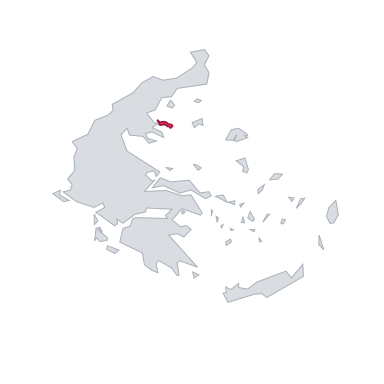 Agion Oros, Ayion Oros, Greece (highlighted), rotated 335°
{"feature_id": "26713481B40019078264500", "entity_name": "Agion Oros", "entity_type": "district", "adm_level": 2, "iso_a3": "GRC", "parent_name": "Greece", "parent_adm1": "Ayion Oros", "projection": "albers", "projection_center": [24.188, 40.281], "detail": "fine", "context": "in_parent", "style": "filled", "palette": "rose", "viewbox_px": 384, "rotation_deg": 335, "n_neighbors": 0, "source": "geoboundaries", "source_scale": "gbopen_adm2", "svg_char_len": 5684}
<svg xmlns="http://www.w3.org/2000/svg" viewBox="0 0 384 384"><g transform="rotate(335 192 192)"><path d="M249.6,64.7L263.6,68.2L265.0,75.7L256.9,82.0L257.8,91.1L251.0,100.5L222.3,91.8L213.5,97.0L204.5,93.7L193.3,102.1L184.2,101.2L187.1,113.6L197.0,117.0L200.8,123.7L188.5,115.8L183.1,116.9L190.0,125.0L189.4,130.6L181.3,120.8L174.5,119.3L174.6,124.9L181.5,130.8L173.5,129.6L171.2,121.0L159.4,114.0L160.2,106.8L151.8,110.3L150.4,127.5L171.3,160.2L166.2,162.9L166.5,157.0L159.5,155.1L157.1,156.9L158.4,160.2L160.6,165.5L163.6,165.2L149.0,171.4L168.9,179.5L181.5,191.2L189.8,194.1L192.4,215.3L189.9,216.6L176.0,203.0L162.1,208.8L166.8,218.5L172.7,220.1L175.5,225.4L165.6,229.3L161.3,223.7L152.7,221.3L165.2,262.5L152.0,249.3L148.7,249.8L144.9,262.2L143.0,261.1L141.6,252.6L133.0,240.1L129.2,241.5L127.1,250.9L122.6,246.1L118.1,237.8L121.3,226.4L105.4,206.9L114.1,195.8L121.6,196.8L126.6,191.2L130.4,191.5L158.7,205.7L158.0,202.2L166.6,199.2L144.3,187.4L141.3,190.4L130.9,188.1L116.2,191.1L112.3,184.8L111.3,189.0L107.7,190.0L96.3,169.7L106.3,169.2L106.7,164.2L96.8,164.6L83.4,152.1L75.3,137.4L82.4,138.9L86.5,134.4L84.7,127.6L94.9,122.9L99.6,110.7L106.3,104.3L104.7,95.7L122.1,95.6L134.2,86.0L148.4,86.8L154.9,84.7L156.7,78.9L180.7,77.1L192.6,71.9L205.6,70.9L212.8,78.3L226.4,82.4L245.3,79.5L251.2,76.6L249.6,64.7ZM186.0,296.8L195.7,294.6L193.9,298.3L201.4,303.5L212.7,301.0L243.8,303.5L245.8,311.9L261.9,304.3L257.4,315.5L215.2,319.3L212.4,313.5L204.8,310.9L178.0,307.2L177.4,296.8L180.5,297.6L182.5,292.3L186.0,296.8ZM169.2,165.6L176.9,173.8L194.5,180.1L198.9,196.2L207.4,198.9L207.9,203.6L201.4,203.7L192.0,189.8L180.5,187.7L168.9,174.2L157.8,171.4L169.2,165.6ZM260.9,153.7L266.0,161.8L266.3,164.7L263.4,163.2L265.2,166.2L253.9,165.3L252.3,163.2L257.0,158.7L251.3,162.7L244.6,158.9L253.8,152.2L260.9,153.7ZM307.8,279.8L303.9,278.9L303.6,270.9L309.3,264.1L318.8,260.4L315.0,274.4L307.8,279.8ZM252.6,195.6L249.8,197.8L246.6,194.8L249.5,190.6L245.1,182.4L254.3,183.5L252.6,195.6ZM89.7,184.4L95.8,197.2L94.9,199.8L87.9,198.2L86.0,193.3L83.0,195.2L89.7,184.4ZM77.1,147.8L71.5,146.5L65.2,134.7L73.3,134.8L70.8,138.7L77.1,147.8ZM232.3,129.7L230.1,136.3L226.9,133.1L221.5,134.7L221.4,129.2L232.3,129.7ZM274.6,210.3L281.6,214.0L275.4,216.6L267.5,213.8L274.6,210.3ZM213.0,106.1L209.4,107.5L205.7,103.5L211.4,99.7L213.0,106.1ZM92.6,205.0L101.3,213.7L96.0,215.1L90.4,207.7L92.6,205.0ZM237.2,242.9L234.5,244.3L231.6,239.1L236.4,234.3L237.2,242.9ZM219.1,207.9L219.4,215.9L211.5,205.8L219.1,207.9ZM289.0,284.6L287.0,300.1L284.7,293.1L289.0,284.6ZM94.4,178.5L89.6,180.4L94.1,170.7L94.4,178.5ZM163.2,270.0L157.5,270.9L158.8,264.8L163.2,270.0ZM279.6,250.9L287.4,244.2L291.6,245.2L285.6,248.8L279.6,250.9ZM251.3,221.5L252.9,217.5L260.7,215.9L256.5,219.9L251.3,221.5ZM227.7,236.2L226.7,242.1L223.9,240.5L227.7,236.2ZM227.2,218.1L225.2,221.4L220.4,216.4L227.2,218.1ZM210.6,174.0L206.7,174.8L205.0,167.6L207.3,169.0L210.6,174.0ZM239.2,112.9L235.9,113.9L232.3,110.9L235.8,109.6L239.2,112.9ZM206.8,250.8L206.7,253.8L200.5,254.9L201.4,251.5L206.8,250.8ZM252.8,245.0L243.2,249.4L250.9,243.8L252.8,245.0ZM202.7,217.6L199.3,222.1L202.0,216.3L202.7,217.6ZM234.4,224.0L229.8,226.3L229.9,223.4L234.4,224.0ZM265.0,256.6L261.2,259.5L259.3,258.2L262.2,254.7L265.0,256.6ZM282.0,240.5L278.5,242.8L277.4,237.5L282.0,240.5ZM205.1,226.6L202.0,230.2L203.6,224.1L205.1,226.6ZM93.7,185.5L93.7,190.5L91.5,184.3L93.7,185.5ZM233.1,252.3L231.9,254.5L228.7,250.8L233.1,252.3ZM184.4,162.5L181.1,163.2L179.0,159.0L184.4,162.5ZM177.4,207.1L174.9,208.0L173.5,206.9L175.5,204.7L177.4,207.1ZM206.5,234.7L203.4,237.0L203.9,234.9L206.5,234.7ZM233.3,261.4L234.2,266.4L232.2,265.8L233.3,261.4ZM213.6,243.8L211.0,243.4L211.2,241.1L213.6,243.8Z" fill="#d9dde1" stroke="#a8b0b8" stroke-width="1"/><path d="M191.1,117.5L191.3,117.6L191.6,118.0L191.8,118.1L192.0,118.2L192.1,118.3L192.3,118.3L192.6,118.2L192.9,118.3L193.0,118.3L193.3,118.4L193.5,118.5L193.9,118.4L194.2,118.4L194.4,118.4L194.5,118.4L194.6,118.5L194.9,118.6L195.1,118.6L195.3,118.6L195.5,118.7L195.6,118.8L195.8,119.1L195.9,119.3L196.1,119.6L196.2,119.9L196.3,120.0L196.7,120.4L196.8,120.5L197.1,120.9L197.2,121.0L197.3,121.1L197.3,121.3L197.3,121.5L197.2,121.6L197.2,121.8L197.3,121.9L197.3,122.0L197.5,122.1L197.6,122.3L197.8,122.3L198.0,122.3L198.3,122.5L198.4,122.8L198.5,122.9L198.7,123.0L198.8,123.1L199.0,123.2L199.1,123.4L199.2,123.8L199.3,124.1L199.3,124.4L199.3,124.5L199.6,125.0L199.9,125.0L200.1,124.9L200.3,124.8L200.5,124.8L200.6,124.7L200.9,124.5L201.0,124.6L201.3,124.4L201.6,124.3L201.9,124.2L202.2,124.2L202.3,124.2L202.4,123.9L202.3,123.5L202.3,123.2L202.2,123.1L202.1,122.9L202.1,122.6L201.9,122.4L201.7,122.1L201.5,121.9L201.3,121.8L201.2,121.8L200.9,121.6L200.7,121.5L200.7,121.4L200.6,121.2L200.4,121.0L200.3,120.9L200.2,120.9L199.9,120.6L199.7,120.4L199.4,120.2L199.2,120.1L199.0,119.7L198.9,119.4L198.9,119.2L198.6,118.9L198.6,118.7L198.5,118.4L198.3,118.2L198.2,118.2L198.1,117.7L197.7,117.5L197.5,117.3L197.3,117.3L197.2,117.3L197.0,117.5L196.9,117.4L196.6,117.3L196.4,117.2L196.3,116.9L196.4,116.6L196.5,116.6L196.4,116.4L196.2,116.2L195.9,116.1L195.6,116.0L195.3,115.9L195.2,116.0L194.9,116.0L194.9,115.9L194.7,115.8L194.5,115.7L194.4,115.7L194.4,115.8L194.1,115.8L193.9,115.7L193.7,115.6L193.3,115.6L193.1,115.6L192.9,115.5L192.8,115.4L192.6,115.1L192.5,114.9L192.4,114.8L192.3,114.7L192.2,114.4L191.9,114.3L191.9,114.2L191.8,113.8L191.7,113.7L191.6,113.4L191.6,113.2L191.5,112.9L191.4,112.8L191.3,112.7L191.2,112.4L190.8,112.6L190.8,112.8L190.9,113.1L190.9,113.4L190.9,113.5L190.9,113.8L191.1,114.0L191.2,114.4L191.3,114.5L191.1,115.1L191.2,115.6L191.1,115.9L191.4,116.8L191.1,117.5Z" fill="#f43f5e" stroke="#9f1239" stroke-width="1.5"/></g></svg>